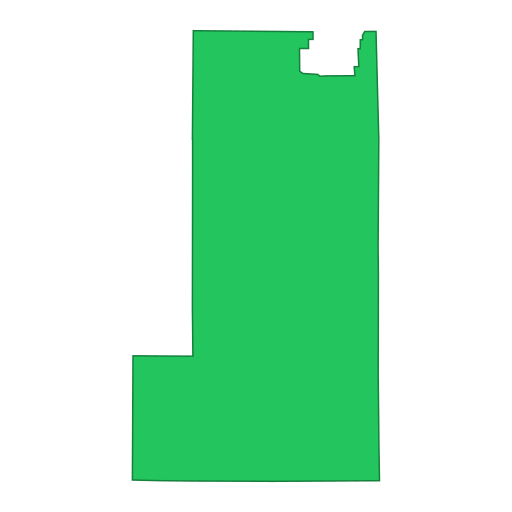 Albany, Wyoming, United States of America
{"feature_id": "52423323B70770360045395", "entity_name": "Albany", "entity_type": "district", "adm_level": 2, "iso_a3": "USA", "parent_name": "United States of America", "parent_adm1": "Wyoming", "projection": "orthographic", "projection_center": [-105.646, 41.715], "detail": "fine", "context": "isolated", "style": "filled", "palette": "green", "viewbox_px": 512, "rotation_deg": 0, "n_neighbors": 0, "source": "geoboundaries", "source_scale": "gbopen_adm2", "svg_char_len": 615}
<svg xmlns="http://www.w3.org/2000/svg" viewBox="0 0 512 512"><path d="M163.3,480.7L194.0,481.0L272.2,481.3L273.6,481.3L379.5,480.7L378.9,443.6L378.4,392.2L378.2,376.4L378.4,274.3L378.1,247.5L378.8,138.8L376.0,31.4L364.7,31.5L362.5,35.3L362.6,39.7L360.3,39.7L360.2,48.7L358.0,48.7L358.8,66.6L354.2,66.7L354.9,75.7L326.0,75.9L319.9,76.2L317.7,74.4L303.0,73.5L299.7,71.3L299.5,48.5L308.5,48.5L308.5,39.4L313.0,39.4L313.0,31.8L193.3,30.7L192.4,139.4L192.6,139.4L192.6,171.8L192.4,309.0L192.9,356.2L160.0,356.0L133.0,355.8L132.4,480.0L157.0,480.6L163.3,480.7Z" fill="#22c55e" stroke="#15803d" stroke-width="1.5"/></svg>